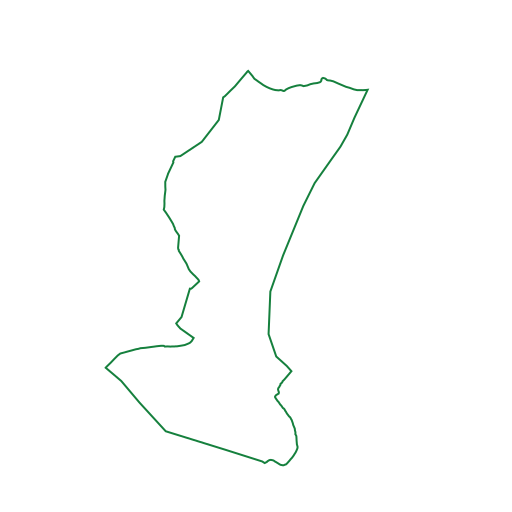 Cap Estate/Lower Saline Point, Saint Lucia (Mercator projection), rotated 113°
{"feature_id": "8701671B68101868582268", "entity_name": "Cap Estate/Lower Saline Point", "entity_type": "district", "adm_level": 2, "iso_a3": "LCA", "parent_name": "Saint Lucia", "parent_adm1": "", "projection": "mercator", "projection_center": [-60.942, 14.106], "detail": "fine", "context": "isolated", "style": "outline", "palette": "green", "viewbox_px": 512, "rotation_deg": 113, "n_neighbors": 0, "source": "geoboundaries", "source_scale": "gbopen_adm2", "svg_char_len": 3625}
<svg xmlns="http://www.w3.org/2000/svg" viewBox="0 0 512 512"><g transform="rotate(113 256 256)"><path d="M122.8,348.2L145.3,343.4L172.1,350.5L193.6,364.7L196.2,369.1L201.2,369.3L202.2,368.6L214.8,369.1L215.3,369.0L223.2,368.5L227.8,366.5L230.4,365.2L232.8,364.5L236.0,363.6L239.2,362.5L241.0,361.9L243.6,360.7L246.8,359.5L249.4,359.0L251.3,355.8L254.4,351.1L257.2,347.2L258.9,344.9L260.4,343.5L261.9,341.8L263.2,341.0L264.2,339.7L265.2,338.1L266.2,336.4L267.4,334.7L278.7,331.0L280.0,330.3L280.5,329.5L281.4,329.1L282.9,326.9L283.9,325.5L285.4,323.5L286.8,321.9L288.3,319.7L290.2,317.0L292.8,314.3L294.3,312.8L295.9,310.3L297.5,306.5L298.3,304.2L299.0,302.7L299.9,300.6L300.7,299.2L301.6,298.4L310.6,302.4L311.6,303.1L311.9,304.1L341.3,300.7L349.2,303.1L350.1,301.8L351.1,299.9L351.8,298.3L352.3,297.4L355.8,281.4L357.1,281.6L357.7,281.7L359.3,281.9L361.3,282.7L362.1,283.2L363.3,284.3L364.6,285.6L365.8,286.8L367.1,288.8L368.0,290.2L369.0,291.8L370.0,293.4L370.5,294.6L371.2,295.8L372.0,297.8L372.9,299.5L373.3,300.8L373.8,302.1L374.7,304.0L375.0,304.5L374.7,305.7L375.6,308.0L376.4,309.5L377.9,312.2L379.3,314.5L380.4,316.4L381.6,318.4L383.8,322.1L384.9,324.2L386.0,326.3L387.5,328.1L388.7,330.0L398.8,342.8L401.6,344.4L406.1,346.2L410.9,348.0L416.6,350.4L417.6,350.7L423.7,331.2L436.4,306.1L452.6,270.6L446.3,208.2L442.7,170.0L443.2,167.1L441.3,165.5L440.8,165.4L440.1,165.0L439.6,164.6L439.1,164.3L438.4,163.6L437.9,162.7L437.7,161.9L437.5,160.9L437.4,160.1L437.5,159.3L437.8,158.1L437.9,156.8L438.1,155.6L438.2,154.8L438.4,153.7L438.6,152.4L438.6,151.6L438.4,150.7L438.1,149.3L437.8,148.8L437.3,148.3L436.8,147.9L436.3,147.1L434.9,146.4L432.8,145.7L431.3,145.2L429.5,144.7L427.6,144.0L425.0,143.4L423.0,143.1L421.4,142.8L419.4,142.7L417.8,142.7L416.5,142.8L415.4,143.2L414.2,144.1L413.5,144.7L411.6,145.7L409.9,146.6L408.4,147.3L406.2,148.4L405.7,148.8L404.6,150.2L403.5,150.5L402.3,151.2L401.5,151.9L399.7,152.9L397.4,155.3L396.9,155.8L395.9,156.5L395.3,157.0L394.0,158.2L393.0,159.1L392.4,160.0L391.6,160.9L391.1,161.6L390.9,162.4L390.5,163.3L390.1,163.9L389.6,164.8L389.1,165.7L388.4,166.7L387.5,167.8L387.3,168.3L386.8,168.9L386.4,169.4L385.8,170.2L385.5,171.0L385.5,171.5L385.2,172.2L384.8,172.8L384.3,173.5L383.9,174.2L383.5,175.0L383.2,175.8L382.4,176.9L381.8,177.9L381.4,178.4L381.1,179.4L380.5,180.3L379.5,181.9L379.2,182.3L378.9,182.8L378.6,183.2L378.1,183.5L377.6,183.5L377.2,183.4L376.4,183.2L376.0,183.0L375.3,182.5L374.3,181.8L373.8,181.4L373.3,181.5L372.7,181.6L372.1,182.0L371.4,182.7L370.9,183.1L370.0,183.7L369.5,183.7L369.0,183.8L368.4,183.7L367.8,183.5L367.3,183.4L366.4,183.4L365.8,183.2L365.3,183.2L364.9,183.2L364.4,183.5L363.5,183.2L363.0,182.9L362.4,182.6L361.9,182.5L360.9,182.6L360.3,182.3L359.7,182.1L358.8,181.7L349.2,178.7L348.2,178.4L345.2,184.7L340.6,198.1L323.0,213.9L283.1,228.9L244.9,231.3L191.3,232.0L166.0,230.5L136.9,224.2L122.4,221.0L108.6,219.4L90.2,219.4L59.4,218.2L60.1,219.4L61.5,222.2L62.3,224.1L63.8,227.7L64.4,231.1L64.6,235.4L65.1,239.2L65.1,242.9L65.1,247.7L65.0,253.1L65.5,256.3L66.2,258.4L66.3,259.6L65.9,260.4L65.6,261.9L65.9,263.9L66.8,264.6L67.8,264.8L69.1,264.4L70.3,264.6L71.1,265.1L72.9,267.3L74.6,270.3L76.6,273.1L78.9,275.4L80.2,277.3L81.1,278.7L81.1,280.3L81.5,282.2L83.2,285.0L86.6,289.3L88.8,291.6L91.0,293.4L92.3,294.0L93.0,294.5L93.4,295.3L93.4,297.0L93.6,298.2L94.7,299.9L95.7,303.1L96.1,305.6L96.3,309.0L96.2,312.4L95.8,316.1L95.2,318.7L94.6,321.7L94.0,324.2L93.5,326.7L92.3,328.7L92.0,329.1L91.7,329.6L88.7,335.5L89.8,336.1L90.4,336.2L99.6,339.1L108.1,341.7L113.7,344.1L121.1,347.1L122.8,348.2Z" fill="none" stroke="#15803d" stroke-width="2"/></g></svg>